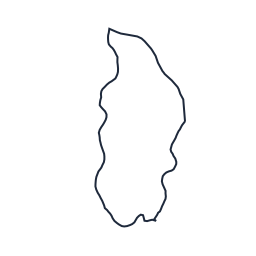 outline of II-2 Somerset And Berks, Pomeroon-Supenaam, Guyana, rotated 326°
{"feature_id": "73187651B32807906119363", "entity_name": "II-2 Somerset And Berks", "entity_type": "district", "adm_level": 2, "iso_a3": "GUY", "parent_name": "Guyana", "parent_adm1": "Pomeroon-Supenaam", "projection": "mercator", "projection_center": [-58.72, 7.1], "detail": "fine", "context": "isolated", "style": "outline", "palette": "slate", "viewbox_px": 256, "rotation_deg": 326, "n_neighbors": 0, "source": "geoboundaries", "source_scale": "gbopen_adm2", "svg_char_len": 2009}
<svg xmlns="http://www.w3.org/2000/svg" viewBox="0 0 256 256"><g transform="rotate(326 128 128)"><path d="M178.9,154.4L178.9,154.5L189.8,135.2L190.4,129.0L191.8,123.9L192.0,121.6L190.9,113.0L188.6,103.8L188.6,102.3L188.4,99.9L188.7,97.1L189.3,90.7L191.2,83.7L191.5,77.5L191.5,75.0L190.3,65.4L189.3,61.3L186.9,57.3L179.8,50.4L174.9,45.7L172.5,42.4L168.0,35.3L165.3,38.3L163.5,39.9L162.1,41.7L160.9,43.6L159.7,45.7L158.9,48.0L159.2,50.8L159.8,53.0L159.9,55.3L159.7,57.8L159.3,60.1L159.0,63.3L157.6,65.2L156.0,67.5L154.6,70.3L152.9,73.3L151.0,75.9L149.2,77.5L147.2,78.8L145.2,79.9L142.9,80.0L140.5,80.1L137.9,79.9L134.9,80.2L131.8,80.9L128.7,81.5L126.5,82.6L124.6,84.6L122.9,87.6L120.7,89.4L118.7,91.5L117.3,93.3L117.4,95.6L117.8,98.5L118.3,101.4L117.8,104.7L116.2,107.0L114.1,108.7L111.5,110.1L109.2,111.2L106.4,112.3L103.5,113.7L101.1,115.7L100.3,117.8L99.3,119.9L97.9,122.3L97.0,124.8L96.1,127.1L95.3,130.1L94.6,132.8L93.8,136.0L92.5,138.4L90.8,140.9L88.8,142.9L86.1,144.4L83.8,145.9L81.6,146.7L79.2,147.5L74.5,150.8L72.6,152.7L71.2,154.4L69.7,156.3L68.3,158.3L67.3,161.2L66.7,164.7L66.6,167.8L66.2,170.7L65.9,174.0L65.4,176.5L64.9,178.9L64.0,181.5L64.8,184.4L64.9,186.4L65.3,188.9L65.3,191.4L64.8,194.3L64.8,197.5L65.7,200.6L66.5,202.8L68.0,205.8L69.8,207.5L72.4,208.8L75.4,209.6L77.7,210.0L80.5,209.8L83.2,208.5L85.3,207.5L87.8,207.0L90.1,207.0L91.7,208.7L90.9,211.1L89.8,214.1L91.8,215.9L94.4,216.7L96.8,217.6L98.3,219.4L99.3,220.7L98.7,218.3L101.2,217.3L103.6,216.3L105.6,215.1L107.8,215.0L110.1,213.6L112.5,211.9L115.0,210.5L117.3,209.0L119.4,207.8L121.1,205.9L122.6,203.1L124.0,201.1L124.4,198.8L124.8,196.5L125.2,194.1L126.3,191.1L128.0,189.2L129.9,187.4L132.3,186.6L134.9,186.3L137.6,186.8L140.3,187.7L142.8,187.7L145.3,186.4L147.8,184.9L149.1,183.1L150.1,179.8L150.1,176.6L150.6,174.3L150.5,171.9L151.3,169.6L155.2,166.2L157.2,165.2L159.5,164.1L162.0,162.8L163.8,161.5L165.9,160.2L168.1,158.9L170.2,158.2L172.3,157.0L174.4,155.9L178.9,154.4Z" fill="none" stroke="#1e293b" stroke-width="2"/></g></svg>